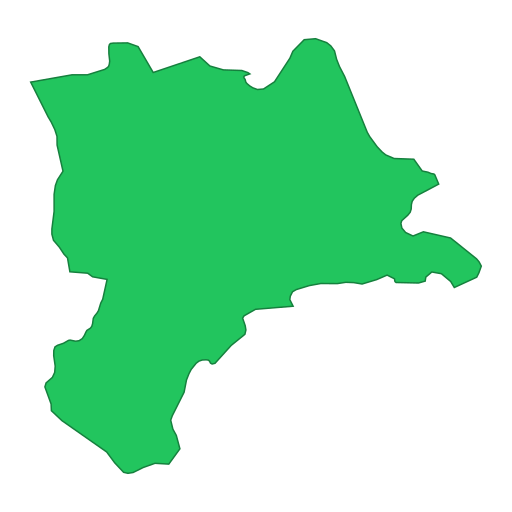 an SVG outline of Lucerne
{"feature_id": "CHE-163", "entity_name": "Lucerne", "entity_type": "Canton", "adm_level": 1, "iso_a3": "CHE", "parent_name": "Switzerland", "parent_adm1": "", "projection": "natural_earth1", "projection_center": [8.13, 47.03], "detail": "fine", "context": "isolated", "style": "filled", "palette": "green", "viewbox_px": 512, "rotation_deg": 0, "n_neighbors": 0, "source": "natural_earth", "source_scale": "10m", "svg_char_len": 2258}
<svg xmlns="http://www.w3.org/2000/svg" viewBox="0 0 512 512"><path d="M413.8,159.2L422.2,171.0L428.0,172.2L431.0,173.5L433.9,174.0L434.8,174.8L438.7,184.1L417.9,195.1L414.3,198.2L412.2,201.3L411.4,204.6L411.2,209.0L410.2,212.2L407.9,215.1L401.8,220.6L400.9,223.4L401.9,228.1L405.6,232.5L413.0,236.0L423.4,231.8L450.6,238.0L476.5,258.8L479.1,261.9L481.3,266.1L478.9,272.8L476.7,277.2L454.3,287.5L450.7,281.5L441.4,273.7L431.8,272.0L425.8,277.1L425.2,281.1L418.5,283.0L396.1,282.5L395.1,281.7L394.8,281.0L394.5,278.8L387.1,275.1L376.7,279.6L362.1,284.0L353.7,282.6L345.8,282.3L337.3,283.6L320.8,283.5L309.3,285.6L296.2,289.6L292.5,291.8L290.3,296.2L289.8,299.6L293.1,306.2L255.5,309.3L244.1,315.8L242.6,318.1L245.2,325.7L245.9,330.0L244.9,334.3L231.2,345.4L215.0,363.3L212.1,364.0L210.5,363.1L209.5,361.1L208.3,360.1L206.1,359.8L202.3,360.0L199.0,361.1L196.2,363.2L191.2,369.4L189.0,373.6L186.5,379.9L184.1,392.2L172.3,415.7L170.7,420.2L172.9,429.2L176.3,435.4L179.9,448.8L168.8,464.1L155.0,463.3L143.2,467.5L133.1,472.5L127.9,473.3L123.6,472.3L114.7,462.8L106.7,452.0L62.0,420.7L51.4,410.7L51.1,404.0L44.9,386.9L46.1,382.9L52.4,377.4L54.7,372.4L55.2,366.1L53.7,355.6L53.8,350.5L55.0,346.9L57.5,345.3L63.4,343.3L68.5,340.4L70.1,340.1L75.6,341.2L79.1,340.7L82.3,338.6L84.4,335.4L85.9,332.1L86.9,330.4L90.5,328.1L91.8,326.3L92.6,323.6L93.3,318.3L94.6,316.0L96.9,313.2L98.4,310.8L100.8,303.0L102.7,299.3L107.1,279.4L92.6,276.8L87.7,273.2L69.9,271.8L67.5,257.9L64.0,254.2L59.3,247.1L53.5,240.3L51.9,234.2L51.9,228.9L54.1,211.4L54.1,194.4L55.4,185.5L57.5,179.7L63.0,171.2L57.1,145.1L57.0,136.4L54.8,129.5L51.2,122.0L48.2,117.0L30.7,82.1L72.1,74.8L87.5,74.8L104.7,69.4L107.3,67.6L108.4,66.6L108.8,65.8L109.3,64.1L109.7,61.1L108.9,53.8L108.8,46.9L109.4,44.6L110.4,43.5L113.2,43.1L127.7,42.9L138.1,46.6L153.2,72.5L199.8,56.8L209.9,66.0L223.4,69.9L241.8,70.5L247.9,72.6L249.8,73.9L244.8,75.7L243.9,76.5L243.9,77.7L245.1,79.4L245.9,82.3L247.1,83.7L249.7,85.9L252.8,87.8L257.4,89.5L263.5,89.0L274.5,81.8L289.9,58.2L292.9,51.2L304.2,39.7L315.6,38.7L326.8,42.7L330.8,45.9L334.5,50.9L336.6,59.3L339.5,66.6L344.6,76.4L367.3,132.4L369.7,136.6L377.1,146.7L382.1,152.0L385.7,154.9L394.1,158.5L413.3,159.2L413.8,159.2Z" fill="#22c55e" stroke="#15803d" stroke-width="1.5"/></svg>